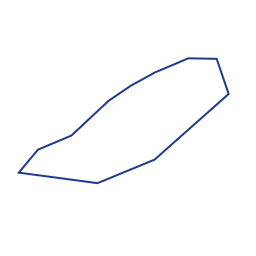 Thermeia, Cyprus (orthographic projection), rotated 50°
{"feature_id": "46923920B3571581876318", "entity_name": "Thermeia", "entity_type": "district", "adm_level": 2, "iso_a3": "CYP", "parent_name": "Cyprus", "parent_adm1": "", "projection": "orthographic", "projection_center": [33.331, 35.326], "detail": "fine", "context": "isolated", "style": "outline", "palette": "blue", "viewbox_px": 256, "rotation_deg": 50, "n_neighbors": 0, "source": "geoboundaries", "source_scale": "gbopen_adm2", "svg_char_len": 298}
<svg xmlns="http://www.w3.org/2000/svg" viewBox="0 0 256 256"><g transform="rotate(50 128 128)"><path d="M166.6,29.0L132.0,15.6L113.4,37.0L102.7,71.8L97.4,98.6L94.7,125.3L97.4,176.2L86.7,211.0L92.0,240.4L150.6,186.9L169.3,128.0L166.6,29.0Z" fill="none" stroke="#1e3a8a" stroke-width="2"/></g></svg>